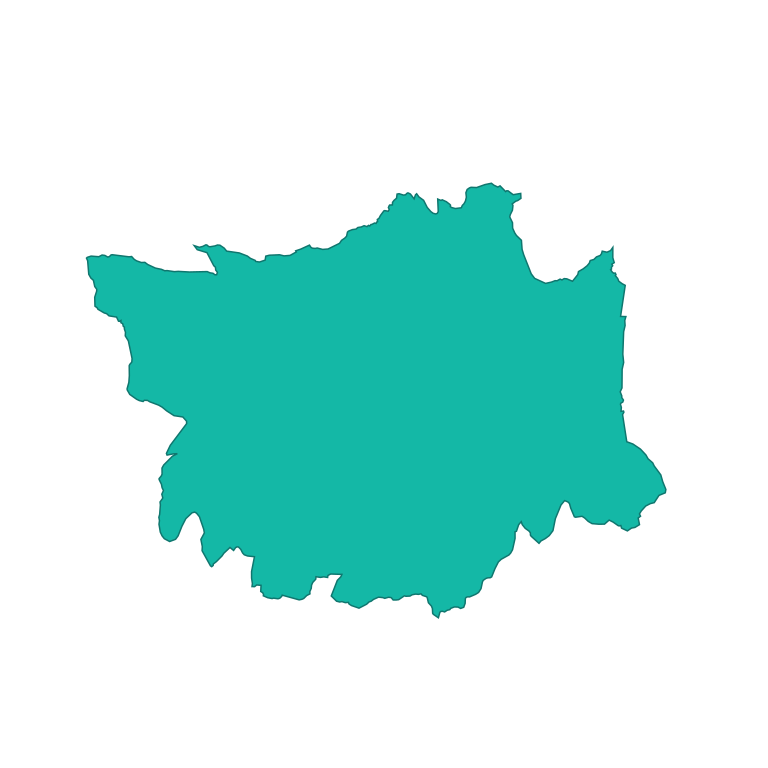 Vladesti, Vâlcea, Romania (Equal Earth projection), rotated 66°
{"feature_id": "2599482B87401907029255", "entity_name": "Vladesti", "entity_type": "district", "adm_level": 2, "iso_a3": "ROU", "parent_name": "Romania", "parent_adm1": "Vâlcea", "projection": "equal_earth", "projection_center": [24.298, 45.132], "detail": "fine", "context": "isolated", "style": "filled", "palette": "teal", "viewbox_px": 768, "rotation_deg": 66, "n_neighbors": 0, "source": "geoboundaries", "source_scale": "gbopen_adm2", "svg_char_len": 6170}
<svg xmlns="http://www.w3.org/2000/svg" viewBox="0 0 768 768"><g transform="rotate(66 384 384)"><path d="M180.4,501.1L185.3,500.0L192.0,492.3L206.7,491.4L208.8,490.5L211.4,491.4L214.2,490.8L216.1,492.4L215.5,494.0L213.3,495.2L211.7,497.7L209.4,499.8L202.5,516.3L197.4,526.2L196.1,529.8L192.2,536.0L191.4,538.2L188.8,540.6L185.1,545.7L178.8,551.2L175.6,553.0L174.3,556.3L170.8,560.0L168.5,561.5L164.9,562.7L164.1,565.2L155.3,579.8L155.1,581.0L155.9,583.0L155.7,584.7L153.0,586.7L151.5,589.1L151.7,592.8L148.0,599.6L147.6,603.6L148.0,604.6L150.9,604.6L163.7,609.1L168.0,608.7L171.1,607.3L177.3,608.6L180.7,607.9L182.4,608.8L187.1,613.0L195.4,616.4L197.6,615.1L199.5,614.9L205.3,610.7L206.9,608.8L209.9,607.5L214.1,601.1L218.6,601.0L219.2,600.1L219.0,598.5L221.0,599.4L222.6,598.2L225.4,598.7L226.4,598.0L228.1,598.8L231.5,599.1L234.8,600.8L240.6,600.0L258.3,603.8L261.4,605.5L262.7,608.3L263.6,609.3L272.9,613.3L278.7,616.4L283.8,620.6L284.9,621.0L290.1,620.5L297.2,616.3L299.6,614.3L302.0,611.2L301.4,609.6L302.8,606.7L305.0,605.2L311.6,598.5L314.9,596.1L320.1,593.5L327.5,588.7L332.3,581.2L337.6,579.5L339.9,580.4L353.1,604.2L358.9,611.0L360.7,611.1L362.2,604.6L363.6,601.1L363.9,606.6L368.4,618.2L370.5,621.0L376.1,623.4L377.5,625.0L378.9,627.9L379.8,628.3L385.0,628.1L388.5,628.9L391.6,628.8L394.3,631.8L397.9,632.4L398.6,633.0L400.7,636.6L403.6,637.5L411.9,642.0L414.2,643.9L417.5,644.7L420.6,646.6L428.3,648.6L432.5,648.5L436.0,647.6L440.7,643.9L441.1,637.6L439.0,633.9L431.8,626.5L426.4,619.8L423.6,611.8L424.0,609.1L425.7,607.8L430.2,606.6L443.5,607.8L447.0,608.7L451.5,614.5L458.6,616.1L462.3,618.0L479.5,616.5L480.8,615.7L480.3,613.9L479.0,613.1L478.1,609.4L475.2,601.9L473.5,599.2L470.7,591.2L474.9,589.1L473.1,586.1L473.0,584.4L473.8,583.2L476.8,582.1L480.8,581.9L483.2,581.1L485.6,578.6L489.1,572.6L501.5,581.3L507.4,583.9L512.8,585.4L515.4,587.0L516.5,584.6L515.8,582.1L517.9,578.2L523.4,581.0L525.4,579.7L527.4,579.7L528.4,580.4L531.9,577.2L534.5,573.5L534.7,572.0L537.1,568.2L537.3,566.3L536.4,563.8L535.5,562.9L546.7,549.3L547.3,546.5L547.3,544.6L545.8,540.6L545.6,537.0L543.6,536.3L541.1,533.6L538.3,532.0L536.3,529.8L534.6,525.8L532.4,524.5L534.8,520.8L535.7,517.4L537.8,514.2L536.1,513.1L535.9,510.0L540.8,499.9L542.6,501.9L544.4,506.5L556.2,518.4L563.1,515.7L565.1,513.2L565.7,510.9L568.0,508.3L569.0,505.4L570.8,505.4L573.2,503.8L578.6,498.0L578.1,489.4L577.0,486.2L577.2,484.1L576.5,481.1L576.5,475.7L578.7,471.9L580.1,470.5L580.7,466.5L582.1,464.3L585.0,463.5L586.2,460.9L587.0,458.3L585.8,451.5L586.8,450.4L588.3,446.5L588.0,444.0L588.8,440.5L590.2,438.1L590.7,435.6L592.7,434.9L595.7,431.6L596.7,431.4L601.9,432.4L606.1,431.0L608.8,431.1L613.2,432.8L614.5,432.6L619.7,429.4L615.4,425.9L614.9,424.9L615.3,423.2L616.9,421.3L616.4,418.3L616.9,415.7L616.1,414.3L616.3,410.4L617.9,407.1L620.2,405.3L620.4,402.0L617.4,399.1L613.2,397.0L612.4,396.0L612.4,394.2L613.3,392.4L613.4,385.8L612.9,382.4L610.4,378.6L604.9,374.6L603.7,373.2L603.1,369.9L603.3,368.0L604.2,365.7L604.0,364.1L597.8,357.7L593.1,351.9L591.8,348.3L591.0,339.4L590.0,337.1L587.7,334.0L578.4,327.1L572.3,324.4L572.4,322.9L567.3,318.2L565.6,314.6L568.7,314.9L573.3,313.7L577.2,311.4L579.4,310.8L581.6,311.7L582.9,311.5L592.6,307.2L591.2,304.4L590.8,299.4L589.7,294.7L586.7,289.3L576.7,282.2L566.5,271.5L564.0,266.4L566.5,264.0L568.6,263.2L573.3,263.9L582.7,264.1L583.6,263.2L585.4,256.9L588.0,255.2L592.6,253.3L596.2,250.7L599.5,244.7L601.7,239.5L599.9,233.7L603.3,230.9L608.6,227.7L609.3,226.9L609.6,225.2L612.3,225.6L617.2,221.4L616.3,216.5L617.1,213.1L616.4,207.8L609.8,206.3L609.1,203.4L606.6,203.5L604.6,200.6L601.9,194.5L601.6,189.4L602.3,185.4L597.6,178.1L597.8,171.3L595.0,169.4L586.6,169.1L579.6,168.1L568.8,170.5L565.3,170.6L559.7,173.2L555.3,173.6L547.8,176.2L540.1,181.0L535.5,185.7L509.0,178.5L507.3,176.3L506.1,176.2L505.4,178.6L502.0,176.7L498.6,176.2L497.9,175.5L497.6,173.2L496.1,171.8L493.1,172.3L491.6,171.6L487.2,171.4L484.4,168.2L467.5,160.5L461.8,156.3L453.9,153.7L433.7,143.8L428.7,140.0L423.9,138.2L420.8,135.6L418.5,140.4L392.0,123.5L389.3,125.6L385.6,127.7L382.6,127.6L379.1,128.6L378.5,127.6L376.7,127.6L376.2,129.1L374.8,129.9L371.8,130.5L371.6,129.5L369.8,128.7L369.0,127.0L367.2,127.2L366.8,124.3L361.7,123.6L352.3,119.4L354.3,122.8L354.3,126.7L351.4,130.6L353.5,132.4L354.5,134.2L354.3,138.2L355.6,141.6L355.1,145.4L357.1,147.3L358.6,150.4L359.8,155.1L360.4,160.6L362.9,162.5L366.8,170.0L362.3,174.2L361.0,176.5L361.3,179.1L359.8,180.5L360.1,183.9L359.2,185.7L359.0,189.6L357.8,195.5L348.8,203.4L343.2,204.7L322.7,203.8L317.2,203.1L308.6,200.0L302.2,202.6L299.2,203.1L294.0,203.1L288.9,201.0L282.5,201.2L280.7,199.8L277.5,196.0L273.4,193.6L271.6,193.6L270.6,189.3L270.8,187.3L270.1,183.4L265.5,181.6L263.6,189.0L258.0,192.1L257.4,193.3L257.7,194.6L250.2,197.4L250.4,199.9L247.0,202.8L244.3,204.2L242.9,210.6L242.2,219.5L239.7,224.5L239.6,226.2L240.1,228.9L242.6,231.4L246.9,232.8L250.1,235.3L251.9,237.7L252.7,239.8L254.4,241.6L254.3,242.2L252.7,247.5L250.2,250.5L248.9,251.3L247.7,250.5L246.5,250.9L242.8,252.9L239.4,255.9L239.5,257.3L236.9,259.7L248.5,264.3L249.8,265.9L249.7,267.6L248.0,269.7L245.5,271.1L240.3,272.7L232.3,273.1L227.3,276.0L223.5,276.8L224.0,278.3L227.1,281.2L221.2,282.6L219.4,284.1L219.1,284.6L219.2,285.8L219.9,287.3L219.4,289.3L216.3,292.8L215.8,294.8L219.4,297.0L220.3,300.1L221.5,302.3L223.8,303.5L222.8,306.1L223.4,307.0L224.7,308.3L226.5,308.1L227.9,309.9L225.9,312.8L225.8,313.7L228.6,318.7L230.6,321.2L231.0,323.2L233.1,323.8L233.1,324.8L234.1,325.9L233.1,327.2L233.3,330.1L233.0,331.0L233.8,332.7L232.8,333.6L233.3,335.5L231.3,337.8L231.3,340.9L230.4,344.2L231.1,346.6L230.1,350.0L229.9,354.3L230.4,355.6L233.8,358.1L234.8,360.6L235.5,364.4L237.4,367.4L237.9,380.2L236.1,385.3L232.6,389.7L232.2,391.6L230.8,394.2L229.3,395.2L226.8,395.6L226.9,405.3L226.4,410.5L227.7,410.4L228.3,417.5L226.3,423.2L223.5,426.8L219.7,436.4L219.1,440.0L222.5,442.2L221.9,448.2L219.8,451.4L218.7,451.4L214.9,454.9L211.5,456.8L205.4,462.9L198.6,473.7L194.9,474.7L190.5,477.4L189.3,479.6L189.1,482.3L187.8,487.3L187.0,488.3L184.9,489.3L184.4,490.3L184.6,493.5L184.0,497.1L180.4,501.1Z" fill="#14b8a6" stroke="#0f766e" stroke-width="1.5"/></g></svg>